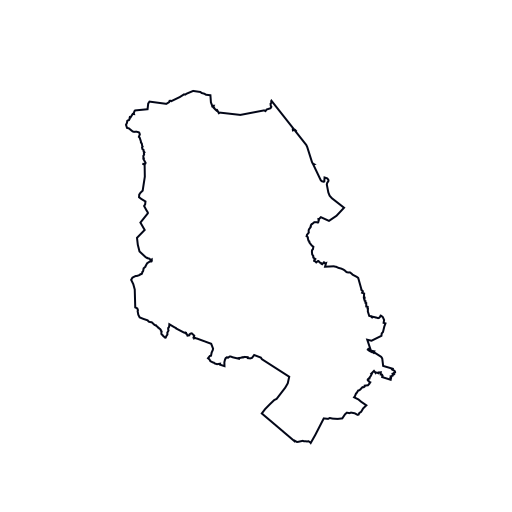 outline of Puruándiro, Michoacán, Mexico, rotated 119°
{"feature_id": "50627088B60920065239944", "entity_name": "Puruándiro", "entity_type": "district", "adm_level": 2, "iso_a3": "MEX", "parent_name": "Mexico", "parent_adm1": "Michoacán", "projection": "equal_earth", "projection_center": [-101.522, 20.12], "detail": "fine", "context": "isolated", "style": "outline", "palette": "ink", "viewbox_px": 512, "rotation_deg": 119, "n_neighbors": 0, "source": "geoboundaries", "source_scale": "gbopen_adm2", "svg_char_len": 6095}
<svg xmlns="http://www.w3.org/2000/svg" viewBox="0 0 512 512"><g transform="rotate(119 256 256)"><path d="M393.0,117.5L384.0,117.4L365.2,118.0L363.5,114.0L361.9,112.9L361.1,110.2L358.9,105.6L356.2,101.8L351.3,101.4L349.0,100.6L348.1,98.0L346.9,97.0L345.7,93.4L345.7,90.2L345.0,89.4L343.2,89.5L341.3,88.5L337.4,88.4L333.1,87.1L332.5,93.4L331.8,96.9L332.0,101.7L330.6,101.5L327.8,101.9L327.5,101.6L324.1,101.4L323.4,100.6L322.3,100.1L319.1,99.3L318.6,98.2L317.5,97.7L316.7,98.1L314.8,95.4L313.1,95.0L312.5,95.1L312.0,94.4L312.1,94.7L311.1,94.8L311.2,95.6L310.8,96.4L310.6,97.9L309.9,98.4L309.6,98.4L309.4,97.9L308.2,97.9L308.0,97.4L307.0,97.7L305.4,97.5L302.9,97.6L302.9,98.1L299.3,97.1L300.3,94.7L299.8,94.7L299.8,94.3L299.3,93.6L299.2,92.1L298.1,92.0L298.0,91.4L297.2,90.5L299.2,89.5L298.7,88.3L298.9,87.9L299.6,87.6L299.6,87.1L300.7,86.9L299.0,78.4L297.7,79.2L297.6,78.6L296.7,78.9L295.9,79.8L295.2,79.0L294.5,79.0L294.2,78.5L293.4,78.8L292.8,78.2L292.5,79.2L291.8,78.5L291.4,78.7L290.4,77.9L289.9,78.2L289.3,79.2L289.3,82.2L289.0,82.4L288.1,80.8L290.5,91.5L284.7,95.7L284.0,96.6L283.5,97.7L283.0,105.6L283.7,105.8L283.6,106.7L282.1,106.5L283.0,109.4L283.5,108.3L283.9,108.3L284.0,110.8L283.7,112.8L282.7,112.7L281.8,111.0L275.3,118.1L274.1,113.9L265.0,107.6L262.8,108.5L260.9,108.1L255.4,109.6L252.2,110.1L252.6,112.0L249.9,112.9L248.0,115.4L247.6,117.4L247.7,118.1L249.1,118.0L250.7,118.5L251.2,119.2L251.6,121.3L251.8,121.5L251.8,122.0L252.7,124.9L252.8,124.4L252.8,124.7L253.1,124.5L254.2,124.5L253.4,124.5L253.5,125.1L252.8,125.7L253.5,127.9L250.3,131.3L247.7,132.6L247.8,133.0L246.3,133.7L246.7,135.1L243.7,136.8L243.9,137.6L242.4,138.4L242.5,139.2L241.2,140.5L241.1,140.2L239.6,140.9L239.7,141.7L236.4,143.2L236.7,145.4L235.0,145.5L234.5,147.5L234.2,147.5L225.6,156.0L225.4,157.8L225.5,162.5L225.1,163.7L224.8,165.9L225.7,167.3L226.2,169.0L225.6,171.5L225.5,173.0L225.7,175.4L226.4,178.1L226.6,180.9L226.9,181.4L227.3,183.0L231.9,190.4L228.3,191.3L228.9,191.8L229.0,192.5L228.5,193.1L228.6,193.6L231.1,194.1L231.1,195.2L230.6,195.8L230.8,197.1L230.1,198.9L230.4,199.4L232.4,200.2L232.0,201.6L232.1,202.8L231.4,203.1L229.9,202.7L229.6,205.1L228.6,205.8L228.3,205.8L227.4,207.6L225.3,209.1L223.8,209.8L222.5,209.5L220.1,210.3L219.8,212.3L218.3,215.9L217.4,216.4L217.2,217.5L215.3,219.3L214.8,219.5L214.4,219.9L214.1,221.3L213.8,221.2L212.8,221.7L209.9,221.2L208.5,222.2L207.1,222.6L203.9,222.2L203.7,222.6L202.3,222.9L201.2,222.8L201.1,222.5L198.2,221.4L197.1,219.5L196.8,218.2L196.5,217.9L194.3,218.4L194.3,218.7L193.4,219.3L193.2,218.8L190.6,218.1L189.9,209.2L181.8,205.1L171.1,202.4L168.7,217.6L167.6,220.8L165.4,223.5L159.2,228.7L157.5,229.2L155.4,229.0L154.5,229.4L153.8,230.7L153.6,231.5L154.1,234.1L157.7,232.4L158.2,232.7L158.7,234.6L158.4,236.0L148.2,250.3L147.6,249.7L147.6,251.3L146.6,252.7L135.8,264.1L134.5,265.9L127.8,281.9L127.2,281.7L126.9,282.6L127.2,282.7L126.9,283.5L128.2,284.6L127.3,285.3L126.5,284.9L112.7,317.8L113.2,317.8L114.3,316.8L115.7,317.1L117.4,316.0L118.1,314.9L119.1,314.9L119.8,315.0L122.7,317.7L124.7,318.0L124.7,319.5L140.2,338.1L148.1,357.1L149.1,357.7L147.3,360.6L148.0,360.9L147.9,361.2L147.5,361.2L147.4,362.4L147.6,362.5L146.9,364.8L146.4,364.8L146.5,366.7L145.9,367.0L145.6,365.9L145.1,365.9L145.8,367.2L143.5,369.9L137.5,373.8L139.2,377.9L139.1,379.8L139.8,382.6L139.5,384.1L142.1,391.0L147.7,395.4L149.2,396.2L149.5,397.3L153.9,399.7L161.7,405.2L161.6,405.9L162.2,406.8L163.6,406.6L166.4,408.2L172.6,424.0L174.9,424.2L180.2,422.0L187.3,432.3L188.1,432.5L190.3,432.2L191.0,431.5L191.5,432.7L195.4,432.9L195.6,433.7L196.8,433.4L197.1,433.0L198.8,433.0L199.3,433.6L200.2,434.1L202.2,433.4L204.3,433.3L206.5,430.9L206.0,429.1L206.8,424.7L206.8,423.7L206.4,422.6L205.3,421.0L204.6,418.4L204.9,417.7L205.9,416.6L208.6,416.2L209.0,415.0L211.6,412.2L212.6,411.6L212.9,410.5L214.9,408.9L215.3,408.2L216.3,408.3L217.6,407.1L217.8,405.7L219.0,405.0L219.1,404.4L219.4,403.8L220.3,404.0L221.6,403.0L223.0,403.1L224.4,402.3L224.8,401.6L225.2,401.8L225.6,401.7L228.1,397.7L228.9,397.6L229.6,398.4L230.4,400.0L230.1,397.7L240.5,391.7L253.8,386.8L256.7,387.7L258.9,387.9L261.3,386.8L261.7,384.1L261.9,379.1L264.6,378.0L266.5,378.1L269.0,374.2L270.4,371.7L271.1,371.3L282.8,373.3L287.2,366.0L297.8,368.9L303.5,364.8L308.5,360.1L310.5,352.0L310.6,350.3L310.3,350.0L310.5,349.5L310.0,347.9L310.5,346.4L310.4,345.9L309.6,345.5L310.7,344.8L311.5,344.8L312.3,346.2L315.1,347.7L318.3,347.7L318.9,347.5L321.3,348.3L323.6,347.5L324.5,347.4L325.2,347.7L326.2,347.3L327.3,347.3L327.9,348.3L329.0,348.5L331.1,350.4L331.9,351.6L333.9,353.0L334.9,353.6L337.4,353.6L340.1,349.7L344.1,345.8L359.5,336.7L359.4,334.4L360.6,333.0L361.6,332.8L364.4,330.5L366.1,328.0L365.6,323.9L364.8,319.6L365.4,318.1L365.1,316.5L364.5,315.1L365.5,311.2L365.1,309.7L365.6,309.1L365.6,307.8L366.1,307.0L366.0,306.2L366.3,305.7L366.4,304.3L366.9,303.3L367.5,303.0L367.7,302.0L369.4,301.4L370.3,300.6L370.5,299.2L370.9,298.6L371.5,295.8L371.1,295.4L369.6,295.6L367.6,295.4L366.0,296.4L363.6,296.4L362.4,297.5L361.3,297.9L360.8,297.6L359.4,297.9L357.7,298.7L357.9,292.6L357.8,291.1L358.1,290.8L357.9,282.1L357.7,281.1L357.2,280.8L357.1,280.0L357.8,279.7L357.9,278.6L358.9,277.3L357.7,275.9L356.9,276.2L355.6,275.6L354.8,274.7L355.6,271.4L357.6,271.1L357.5,270.7L358.0,270.2L357.2,269.8L357.1,269.5L357.1,268.4L356.8,267.6L354.5,252.6L357.9,248.6L359.2,248.2L361.9,248.0L365.0,247.0L365.8,247.9L368.7,248.4L369.0,246.6L370.1,244.9L370.0,242.0L369.7,241.2L370.0,240.1L369.5,237.6L367.6,235.2L368.5,234.8L367.6,230.2L364.2,232.2L361.2,233.0L360.4,232.8L359.9,233.0L358.6,232.3L358.6,231.2L356.7,230.3L356.4,229.9L356.1,228.9L355.9,227.3L354.2,221.3L353.7,221.7L352.3,219.8L351.6,219.3L351.2,218.3L350.7,218.3L350.4,217.5L349.9,217.2L348.5,214.2L349.3,213.7L348.3,211.3L347.0,210.1L343.5,209.6L342.5,202.5L343.4,200.8L345.5,168.4L352.0,166.5L357.0,166.6L371.0,168.7L373.1,170.2L378.9,172.0L385.4,173.8L390.9,174.6L399.3,132.6L398.8,132.7L398.8,130.1L398.5,129.5L395.0,125.5L394.8,124.2L393.8,122.4L393.5,121.4L392.6,120.4L392.7,118.2L393.0,117.5Z" fill="none" stroke="#020617" stroke-width="2"/></g></svg>